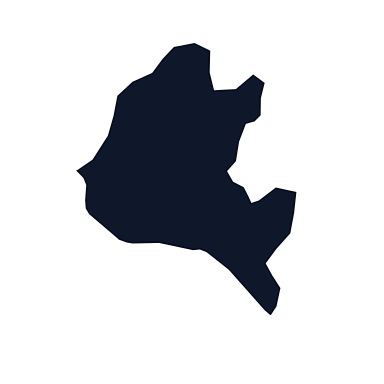 an SVG outline of Cəbrayıl, rotated 70°
{"feature_id": "AZE-1699", "entity_name": "Cəbrayıl", "entity_type": "District", "adm_level": 1, "iso_a3": "AZE", "parent_name": "Azerbaijan", "parent_adm1": "", "projection": "orthographic", "projection_center": [46.951, 39.318], "detail": "fine", "context": "isolated", "style": "filled", "palette": "ink", "viewbox_px": 384, "rotation_deg": 70, "n_neighbors": 0, "source": "natural_earth", "source_scale": "10m", "svg_char_len": 933}
<svg xmlns="http://www.w3.org/2000/svg" viewBox="0 0 384 384"><g transform="rotate(70 192 192)"><path d="M207.9,278.2L177.4,295.5L171.3,296.7L163.6,294.6L149.4,288.2L141.4,288.5L132.9,292.4L132.9,292.1L128.3,274.1L110.8,251.2L94.1,239.1L76.7,228.7L68.8,210.0L67.2,188.4L57.5,173.7L50.3,159.3L53.6,139.0L65.6,127.4L80.8,133.4L82.6,134.1L85.7,135.3L104.5,137.3L107.9,126.0L110.4,117.9L111.1,115.6L107.1,104.6L103.4,94.6L114.4,87.3L115.3,88.0L127.1,95.9L135.0,98.9L142.9,101.9L146.3,109.3L145.6,118.4L160.4,131.2L177.5,140.7L184.0,152.8L196.8,150.6L205.5,142.5L215.5,141.2L223.3,140.7L223.6,132.2L221.6,125.7L217.3,111.8L220.2,107.2L228.0,94.9L246.3,103.9L263.9,114.3L273.6,132.4L283.9,148.0L297.8,145.9L312.4,142.6L327.9,152.3L333.6,159.9L333.7,160.1L327.8,163.4L277.2,183.4L252.9,198.4L248.0,204.0L246.3,210.6L227.9,240.1L219.4,265.0L216.7,269.9L211.4,276.3L207.9,278.2Z" fill="#0f172a" stroke="#020617" stroke-width="1.5"/></g></svg>